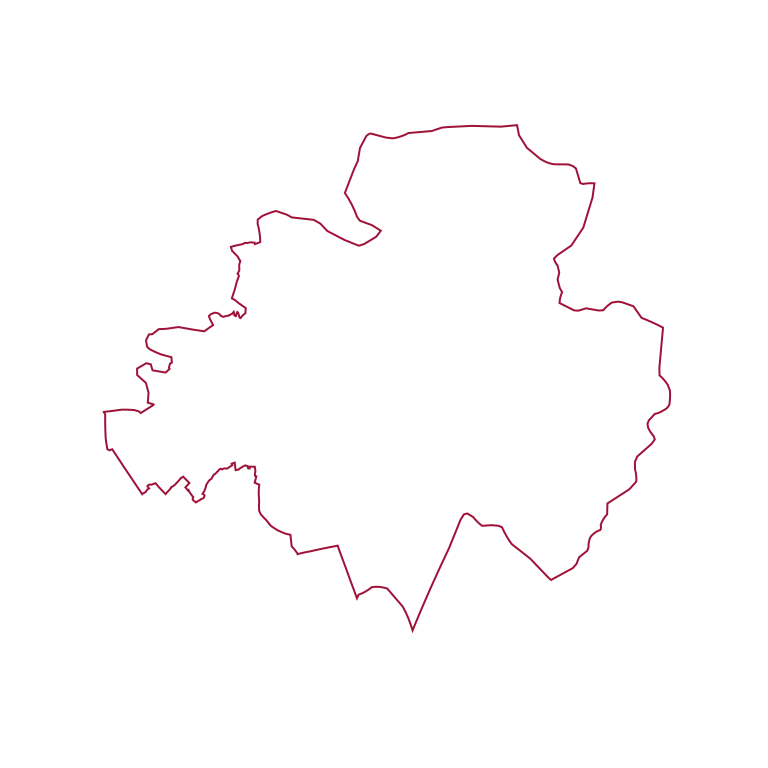 the district of Copacele, Caras-Severin, Romania, rotated 255°
{"feature_id": "2599482B86602840637576", "entity_name": "Copacele", "entity_type": "district", "adm_level": 2, "iso_a3": "ROU", "parent_name": "Romania", "parent_adm1": "Caras-Severin", "projection": "natural_earth1", "projection_center": [22.073, 45.483], "detail": "fine", "context": "isolated", "style": "outline", "palette": "rose", "viewbox_px": 768, "rotation_deg": 255, "n_neighbors": 0, "source": "geoboundaries", "source_scale": "gbopen_adm2", "svg_char_len": 5757}
<svg xmlns="http://www.w3.org/2000/svg" viewBox="0 0 768 768"><g transform="rotate(255 384 384)"><path d="M599.6,579.5L602.3,563.6L610.6,535.6L615.6,512.5L616.7,506.3L616.0,495.5L620.1,472.6L619.2,468.5L618.8,464.3L618.7,460.2L619.0,456.0L621.6,449.5L629.4,436.0L629.4,434.6L629.1,433.3L628.6,432.0L627.8,430.8L627.0,430.1L618.2,421.9L606.0,416.3L599.3,410.7L578.6,395.6L575.4,396.7L572.3,397.7L569.0,398.5L565.8,399.3L562.5,399.9L559.2,400.5L555.8,400.9L552.5,401.2L547.9,403.0L540.6,413.4L532.9,420.6L528.3,414.7L524.3,401.0L524.1,395.5L533.2,383.3L546.5,368.8L555.3,364.1L560.7,358.7L568.8,338.0L572.7,334.0L579.1,324.4L579.0,321.1L578.8,317.8L578.5,314.6L578.0,311.3L577.6,309.3L575.5,304.6L571.4,303.4L566.8,303.3L562.2,302.9L557.6,302.2L553.1,301.2L552.5,295.6L554.0,295.6L554.4,294.2L555.1,292.7L555.5,290.8L555.6,288.1L556.4,286.4L555.7,283.9L556.1,276.0L556.1,271.6L552.0,271.7L545.3,275.5L539.9,277.0L536.9,275.1L531.1,273.6L528.5,271.1L527.9,271.6L525.8,271.8L524.2,270.6L520.6,268.1L514.2,264.5L506.1,259.2L503.6,261.8L499.8,264.5L493.1,270.1L488.2,268.4L486.9,265.4L484.8,262.5L485.5,261.7L488.7,261.6L490.8,261.5L491.5,260.8L490.0,259.7L487.9,258.6L487.9,258.3L489.1,257.2L491.3,257.5L492.6,257.5L491.0,255.2L491.0,254.1L490.4,252.7L490.6,252.3L490.2,251.5L490.5,249.8L490.5,245.9L492.1,244.1L494.3,243.0L495.8,241.2L496.7,238.9L496.3,235.1L495.0,232.5L492.4,232.6L488.6,233.4L485.1,234.2L483.8,230.3L481.4,224.0L486.1,213.3L492.2,200.2L493.7,187.7L495.3,180.6L492.1,173.3L492.7,169.7L487.7,165.4L481.3,164.8L478.4,166.5L473.5,172.1L473.0,172.8L470.0,176.7L464.9,185.6L459.5,184.6L459.2,182.7L455.5,180.5L454.1,180.8L451.6,176.1L452.1,174.9L457.1,164.0L463.4,163.8L465.6,159.8L462.8,149.5L456.6,147.9L446.7,154.3L436.4,154.3L427.1,151.0L423.9,156.2L423.4,155.9L422.7,153.7L418.9,141.4L419.9,140.9L420.8,140.3L423.5,136.0L425.6,129.5L427.0,124.5L427.4,121.8L428.1,116.2L429.1,109.1L429.4,107.2L429.5,106.5L429.5,106.1L426.8,106.8L415.4,103.8L405.0,101.4L400.8,100.7L392.7,99.9L391.0,101.7L391.3,104.6L370.9,111.4L359.5,115.3L340.2,121.9L340.5,122.3L340.9,124.0L341.5,126.1L342.5,127.0L343.5,128.4L343.9,130.1L346.5,129.0L347.2,129.8L347.5,131.7L346.9,133.6L347.1,135.5L347.3,136.9L347.3,137.7L342.5,139.9L334.2,144.5L338.5,151.1L339.4,151.6L339.7,153.3L340.7,155.8L342.4,158.6L343.6,160.5L346.0,163.9L346.0,165.1L346.4,166.1L338.7,170.4L335.6,165.4L331.8,167.1L332.1,167.8L331.3,167.8L330.2,168.1L328.1,168.8L325.5,169.8L324.1,170.5L323.0,169.6L322.3,169.6L321.7,169.3L318.3,171.6L319.2,174.5L319.5,176.2L320.2,177.7L320.2,177.8L320.4,180.0L322.4,181.8L323.7,181.5L324.9,180.3L326.3,181.8L326.8,182.5L330.1,184.9L332.5,186.2L334.8,188.6L336.2,190.3L337.1,192.8L338.5,194.1L340.5,196.1L340.6,196.8L340.8,197.5L341.6,199.0L342.2,199.7L342.6,201.0L343.6,202.0L344.0,202.8L344.4,204.2L343.4,205.5L343.7,206.2L343.8,208.0L343.6,208.6L343.1,209.6L343.0,211.1L343.8,213.3L344.9,216.5L346.4,216.2L346.7,219.4L339.2,218.4L339.0,221.3L339.9,223.3L340.8,226.3L341.3,228.9L339.9,231.1L338.7,230.9L337.6,231.0L337.2,232.4L338.9,233.0L337.5,237.8L335.3,237.5L333.6,237.4L329.9,235.8L328.5,235.7L327.8,236.8L322.2,233.5L320.6,235.5L319.0,237.5L318.9,237.5L318.6,237.3L318.4,237.2L315.8,236.2L314.2,235.7L311.9,235.0L310.5,234.6L310.4,234.6L308.4,234.1L305.5,233.6L304.2,233.3L303.2,233.0L302.3,232.9L301.6,232.7L300.6,232.3L299.6,231.9L299.0,231.7L298.8,231.7L296.5,231.2L295.5,231.0L295.1,230.9L294.4,230.6L294.1,230.6L293.3,230.7L290.9,231.1L289.4,231.5L288.6,232.0L286.8,232.9L284.2,234.3L283.9,234.6L276.5,237.9L275.4,238.7L270.4,243.2L266.8,247.6L264.6,250.6L262.6,254.6L251.1,252.8L247.9,254.5L244.1,256.0L242.2,256.8L242.0,256.7L242.0,260.1L242.0,260.9L241.9,263.2L241.5,269.1L241.4,269.9L241.3,273.6L241.2,275.8L240.9,281.8L240.5,288.1L240.0,294.5L239.9,297.4L232.3,298.0L227.1,298.5L222.7,298.9L216.3,299.5L213.0,299.8L206.0,300.4L197.1,301.2L187.6,302.1L184.0,302.4L187.1,305.0L187.5,308.8L188.3,312.4L189.4,316.0L190.9,319.5L190.3,323.4L189.2,327.1L187.6,330.7L185.7,334.1L164.1,344.5L157.9,345.9L151.5,346.9L145.0,347.5L138.6,347.8L156.5,361.6L174.1,375.6L191.5,389.9L208.7,404.4L233.3,423.0L237.4,427.5L237.4,430.9L232.5,435.6L229.6,437.0L226.8,438.5L224.1,440.2L221.6,442.1L219.8,451.4L217.4,457.9L215.1,460.9L210.3,461.8L205.6,462.9L200.9,464.3L196.4,465.9L177.4,480.1L155.6,492.0L151.5,494.6L157.3,518.7L160.4,523.3L166.2,527.7L170.3,537.1L173.3,539.3L175.9,540.0L178.3,541.0L180.6,542.2L182.6,543.7L183.6,545.0L184.4,546.3L185.1,547.7L185.7,549.1L186.2,550.5L186.6,551.9L187.0,555.1L187.9,555.9L189.1,556.4L190.4,556.8L191.7,556.8L193.9,558.4L195.8,560.1L197.5,561.9L199.0,563.8L200.4,565.8L210.8,568.9L218.8,593.7L224.3,602.3L227.3,603.3L230.5,603.9L230.8,604.0L233.8,604.3L236.9,604.4L243.8,606.2L248.4,609.8L257.0,627.1L260.4,631.2L263.7,631.0L266.0,630.0L268.3,629.1L270.8,628.4L273.3,627.8L277.3,628.2L280.3,630.4L285.0,637.7L285.0,640.7L285.3,643.6L286.6,648.7L287.3,650.6L288.6,652.6L289.3,653.5L290.2,654.3L292.6,655.3L297.9,657.1L303.3,658.5L310.1,657.8L310.4,657.7L313.2,656.6L315.9,655.4L318.5,654.0L321.0,652.4L328.2,654.1L366.2,668.1L366.5,667.8L370.2,663.7L374.0,659.2L377.7,654.6L381.2,649.9L394.5,645.1L401.1,635.5L403.0,631.3L403.7,625.2L402.7,622.5L401.5,619.8L400.1,617.3L398.5,614.8L399.4,610.4L404.8,598.8L404.5,590.9L405.9,586.7L416.8,574.5L419.5,575.5L422.0,576.7L424.4,578.2L426.6,579.8L431.4,578.6L439.9,578.7L446.2,582.1L453.6,582.3L455.2,581.6L456.8,581.1L458.4,580.8L460.1,580.6L461.2,580.6L463.7,585.0L469.3,600.8L483.5,617.0L510.2,633.7L523.3,639.2L524.2,636.5L524.9,633.7L525.4,630.8L525.7,628.0L527.3,625.6L542.5,625.2L545.6,622.9L548.3,619.1L552.2,605.2L553.2,603.1L554.8,600.4L556.6,597.8L558.8,595.4L561.1,593.1L575.1,583.2L589.3,578.8L599.6,579.5Z" fill="none" stroke="#9f1239" stroke-width="2"/></g></svg>